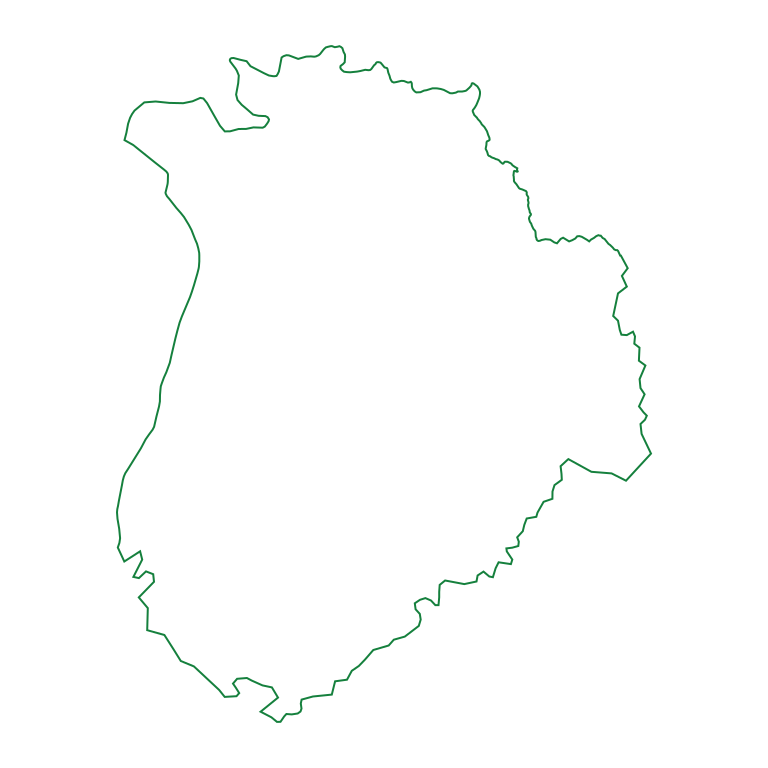 Chapicuy, Paysandú, Uruguay (Mercator projection)
{"feature_id": "84410073B18564201435230", "entity_name": "Chapicuy", "entity_type": "district", "adm_level": 2, "iso_a3": "URY", "parent_name": "Uruguay", "parent_adm1": "Paysandú", "projection": "mercator", "projection_center": [-57.843, -31.658], "detail": "fine", "context": "isolated", "style": "outline", "palette": "green", "viewbox_px": 768, "rotation_deg": 0, "n_neighbors": 0, "source": "geoboundaries", "source_scale": "gbopen_adm2", "svg_char_len": 6005}
<svg xmlns="http://www.w3.org/2000/svg" viewBox="0 0 768 768"><path d="M476.5,581.5L477.6,575.5L483.5,571.6L489.3,576.5L492.9,577.2L495.6,568.3L498.6,562.3L510.9,564.1L512.3,559.6L506.8,551.4L506.4,548.4L512.2,547.7L518.3,546.0L518.8,541.7L517.2,537.3L522.8,531.2L524.3,524.9L526.7,518.5L536.3,516.8L537.5,512.6L543.6,501.8L552.4,498.8L552.5,491.5L554.5,485.1L561.8,479.8L561.5,473.9L560.6,466.2L568.3,459.1L591.4,471.8L611.6,473.4L626.0,480.7L651.0,453.6L641.6,433.9L640.5,424.0L645.0,419.7L646.8,415.7L643.5,412.3L639.0,406.4L644.6,394.3L640.5,388.1L639.6,379.1L645.4,365.5L638.9,360.7L639.5,347.7L634.3,343.7L635.0,336.4L633.0,331.7L626.8,335.1L621.4,334.7L619.8,330.0L618.0,320.7L613.2,316.0L618.0,293.4L626.8,286.6L621.9,275.9L627.7,268.2L620.9,255.6L620.2,255.6L618.1,251.0L617.2,250.1L615.7,250.1L614.2,249.4L612.8,247.6L610.1,245.0L608.5,243.9L604.6,239.0L602.7,238.0L600.8,235.7L599.9,235.7L598.4,235.2L596.3,236.1L594.0,237.9L591.0,239.6L589.2,241.4L587.1,239.9L581.8,236.8L579.4,236.1L577.2,236.3L575.3,238.5L572.2,240.2L569.1,241.4L563.1,237.7L560.7,238.9L557.0,243.3L554.3,242.4L550.3,239.7L545.5,239.2L541.2,240.1L540.7,240.5L539.7,240.8L538.5,241.0L537.9,240.8L537.1,240.2L536.7,239.6L536.5,239.0L536.5,238.4L535.8,236.9L535.5,232.1L535.3,231.3L535.1,230.8L533.3,228.7L531.8,225.5L531.2,223.6L529.9,221.8L529.0,218.8L529.0,218.2L529.3,217.2L529.6,216.5L530.9,214.8L530.9,214.0L529.8,212.4L529.5,210.4L528.8,208.6L528.6,207.7L528.2,206.4L528.1,204.7L528.5,203.4L528.5,202.3L527.9,200.1L527.9,199.4L528.3,198.7L528.4,198.1L528.1,196.8L526.8,194.8L526.6,194.0L526.8,192.8L526.6,192.0L526.0,191.1L522.4,189.5L519.8,188.7L519.0,188.1L516.4,184.2L514.7,182.3L514.1,181.4L513.9,180.8L514.0,180.2L513.8,177.8L513.7,176.4L513.4,175.1L513.6,174.2L513.7,173.0L513.9,171.6L514.2,171.0L514.5,170.9L515.7,171.2L516.8,171.7L517.4,171.7L517.7,171.5L517.6,171.1L517.1,170.4L517.1,170.0L517.0,169.4L517.3,168.3L516.5,167.8L515.6,167.4L513.5,166.0L512.4,165.2L511.7,164.2L510.7,163.3L507.8,161.9L506.9,161.7L506.2,161.8L505.2,161.7L504.7,161.8L504.1,162.5L503.5,163.4L502.9,163.7L502.5,163.6L500.6,162.1L499.2,160.5L498.3,159.9L496.8,159.3L495.8,159.1L494.3,158.3L492.5,157.7L491.3,157.2L490.4,156.4L489.1,156.0L488.4,155.4L488.0,154.9L487.4,152.6L486.9,151.3L485.7,149.0L485.7,148.5L486.4,144.9L486.5,142.7L486.7,141.9L487.0,141.4L487.3,141.2L488.2,140.9L489.2,140.3L489.6,139.8L489.5,138.5L489.4,137.8L488.2,135.0L487.0,131.3L484.9,127.8L484.3,126.9L481.7,124.3L481.2,123.2L479.6,120.9L478.8,120.2L477.5,118.7L476.9,117.6L475.7,116.5L475.2,115.9L474.3,115.1L472.8,111.6L472.7,110.7L473.0,109.9L473.6,109.2L474.8,107.6L476.3,105.1L477.3,102.8L479.1,98.3L479.7,95.8L480.0,93.8L480.0,91.9L479.4,89.7L478.4,88.0L477.4,86.4L473.6,83.5L472.4,83.2L471.8,83.5L471.3,85.5L469.5,87.6L466.3,90.5L465.0,91.0L462.3,91.5L458.0,91.5L455.9,92.6L452.4,93.3L450.1,93.2L443.8,89.9L440.8,89.0L437.2,88.4L435.3,88.3L432.6,88.3L426.5,90.2L424.0,90.6L420.5,92.2L416.3,92.4L414.7,91.4L413.1,89.6L412.3,88.1L411.9,86.2L411.8,83.6L411.5,82.6L410.8,81.8L409.7,82.3L408.6,82.5L407.7,82.5L403.9,81.0L402.2,80.9L401.2,80.9L396.1,82.1L393.8,82.5L392.1,81.8L391.1,80.3L390.3,78.7L389.5,75.7L388.3,72.7L387.5,69.0L387.0,68.1L384.5,67.4L382.0,64.3L380.6,62.7L379.8,62.4L378.1,62.1L376.8,62.3L376.1,62.9L375.4,64.2L374.1,65.2L371.3,69.1L370.1,70.0L368.5,70.2L365.2,69.8L360.4,71.0L357.1,71.6L350.2,72.3L346.9,72.1L344.0,71.7L342.3,70.4L340.7,68.7L340.3,67.2L340.6,65.9L343.0,64.1L344.7,62.3L345.1,56.6L344.9,54.4L343.6,52.0L342.4,48.2L340.9,46.9L339.4,46.2L337.7,46.7L334.8,47.2L331.9,46.1L330.5,46.2L327.6,46.9L325.9,47.4L324.3,48.8L323.4,49.8L320.1,54.0L318.7,55.2L316.0,56.4L314.3,56.7L310.8,56.4L306.2,56.6L298.2,58.9L288.9,55.4L286.4,55.2L283.5,56.2L281.6,57.5L278.9,71.5L277.6,74.2L276.5,75.9L274.8,76.2L273.2,76.2L268.9,75.5L264.0,73.2L250.5,66.2L246.6,61.2L240.8,59.9L233.6,58.0L231.7,58.1L230.6,58.6L230.1,59.2L229.8,60.1L230.2,61.5L235.6,68.6L236.9,70.8L238.8,75.5L238.2,83.2L236.1,94.6L237.5,100.0L241.7,104.8L246.7,109.0L253.1,114.6L258.6,115.8L265.4,116.1L267.6,117.2L269.0,119.4L268.6,121.2L267.1,123.6L264.8,126.6L262.7,127.7L253.4,127.4L246.2,128.9L238.6,129.0L230.1,131.3L224.8,131.4L220.0,125.8L214.6,116.4L207.1,103.1L203.4,98.5L200.3,97.9L192.5,101.3L183.2,103.2L169.3,102.9L155.6,101.5L144.3,102.4L134.5,110.6L132.1,114.0L130.1,117.8L128.1,123.7L126.4,132.8L124.5,140.1L133.2,145.0L155.0,162.5L163.9,169.5L166.5,171.7L166.9,172.4L167.5,173.1L167.9,174.1L168.0,175.0L167.8,181.9L167.6,183.8L167.3,185.2L165.5,192.6L165.7,193.7L166.9,196.1L167.7,197.1L169.2,198.8L176.4,208.0L180.8,213.0L184.0,217.0L188.7,224.7L191.5,230.0L195.1,239.3L197.0,243.7L198.3,248.4L199.2,252.9L199.3,255.4L199.3,261.5L198.9,266.9L198.6,268.6L197.4,273.4L194.0,285.1L191.9,291.7L190.0,297.1L181.9,316.4L179.6,322.6L177.4,330.6L175.4,338.4L171.4,355.5L169.8,362.8L166.3,372.3L163.9,377.6L161.8,383.3L160.8,386.3L160.5,389.0L160.0,395.0L159.9,401.5L159.0,406.6L156.5,416.3L154.1,426.8L152.6,429.7L149.1,434.4L145.6,439.4L140.9,448.3L128.1,468.9L125.3,473.2L123.9,476.4L122.8,480.4L122.0,484.9L118.9,500.8L118.0,506.0L117.3,509.1L117.0,512.4L117.5,518.8L119.2,528.8L120.1,538.2L119.4,542.9L117.8,547.5L124.3,561.5L140.1,551.3L142.2,559.6L133.4,576.9L138.9,578.1L146.0,571.4L153.2,574.2L154.0,581.8L138.8,597.4L147.8,608.1L147.2,630.2L164.4,635.0L173.4,649.1L180.8,661.0L193.9,666.4L219.1,689.9L224.7,696.9L236.5,696.2L239.2,693.1L235.9,687.8L233.0,683.6L237.1,678.8L246.9,678.0L251.8,680.6L262.5,685.4L271.9,687.4L278.0,697.6L260.6,711.7L271.4,717.3L277.0,721.9L280.5,721.8L284.2,716.4L286.4,714.0L291.8,714.4L297.7,713.5L300.5,711.5L301.5,708.6L300.8,703.6L301.6,699.6L312.9,696.5L331.8,694.6L335.1,681.3L347.0,679.7L351.8,670.8L358.8,666.0L364.9,659.7L373.3,650.0L388.7,645.5L393.8,639.7L404.8,636.6L418.8,625.9L420.7,619.6L419.8,613.9L415.6,609.3L414.8,603.3L420.0,599.8L425.4,598.1L431.0,600.5L435.3,605.1L438.5,605.1L439.2,597.3L439.2,591.9L439.7,584.9L445.1,580.5L464.3,584.1L476.5,581.5Z" fill="none" stroke="#15803d" stroke-width="2"/></svg>